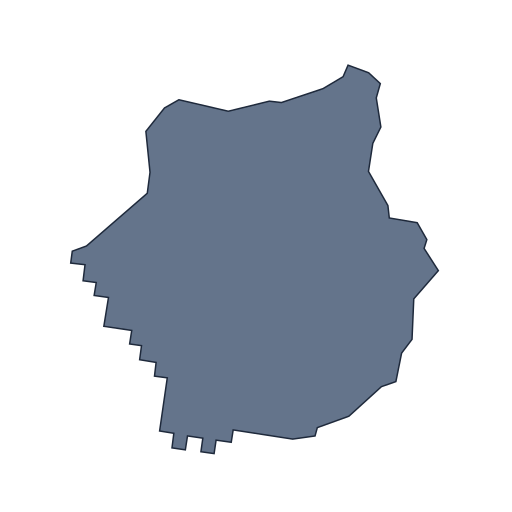 Pierce, Georgia, United States of America, rotated 278°
{"feature_id": "52423323B19551708928957", "entity_name": "Pierce", "entity_type": "district", "adm_level": 2, "iso_a3": "USA", "parent_name": "United States of America", "parent_adm1": "Georgia", "projection": "orthographic", "projection_center": [-82.235, 31.366], "detail": "fine", "context": "isolated", "style": "filled", "palette": "slate", "viewbox_px": 512, "rotation_deg": 278, "n_neighbors": 0, "source": "geoboundaries", "source_scale": "gbopen_adm2", "svg_char_len": 872}
<svg xmlns="http://www.w3.org/2000/svg" viewBox="0 0 512 512"><g transform="rotate(278 256 256)"><path d="M180.1,413.7L195.2,422.1L235.5,418.2L266.9,438.6L286.9,421.4L296.0,422.9L311.4,411.0L312.2,382.7L324.3,379.6L355.4,355.6L383.8,356.0L401.1,361.7L429.3,353.1L444.0,355.1L453.1,342.1L457.8,320.6L445.7,317.3L431.1,299.1L411.5,259.8L411.2,247.7L395.5,208.4L400.0,157.9L389.9,144.8L364.1,129.6L324.1,139.4L303.0,139.6L242.3,86.7L235.2,73.4L223.2,73.5L223.6,87.9L207.4,88.2L207.5,101.5L194.4,101.2L194.4,115.7L165.2,115.1L165.0,143.3L151.3,143.1L151.3,155.1L137.1,155.2L136.7,171.9L122.9,172.2L123.0,185.1L69.3,184.9L69.0,199.3L54.3,199.5L54.2,213.0L68.3,213.2L68.2,228.7L54.5,228.7L54.5,242.0L68.1,242.1L68.1,257.4L80.6,257.6L79.8,317.8L86.0,339.5L94.6,340.6L110.3,370.3L144.1,398.4L151.1,412.0L180.1,413.7Z" fill="#64748b" stroke="#1e293b" stroke-width="1.5"/></g></svg>